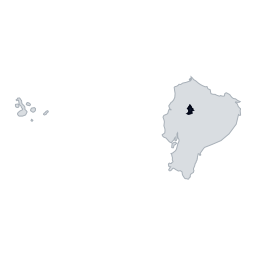 location of Sigchos, Cotopaxi, Ecuador
{"feature_id": "8360857B12215357040494", "entity_name": "Sigchos", "entity_type": "district", "adm_level": 2, "iso_a3": "ECU", "parent_name": "Ecuador", "parent_adm1": "Cotopaxi", "projection": "natural_earth1", "projection_center": [-78.944, -0.614], "detail": "fine", "context": "in_parent", "style": "filled", "palette": "ink", "viewbox_px": 256, "rotation_deg": 0, "n_neighbors": 0, "source": "geoboundaries", "source_scale": "gbopen_adm2", "svg_char_len": 5420}
<svg xmlns="http://www.w3.org/2000/svg" viewBox="0 0 256 256"><path d="M240.2,101.6L239.4,102.2L237.5,102.4L236.1,101.9L235.5,101.9L235.4,102.4L237.3,103.9L238.2,106.4L239.6,108.0L240.5,108.7L240.5,109.3L240.2,110.3L240.2,111.1L240.6,115.0L240.3,115.3L239.3,115.3L238.5,114.6L236.2,124.2L229.1,133.8L221.0,140.6L211.7,144.6L204.8,147.3L203.7,148.3L200.3,153.1L200.2,153.6L200.7,154.4L200.7,155.0L200.2,155.3L199.8,155.3L199.6,155.1L199.4,154.5L199.0,153.9L198.4,153.7L198.1,153.9L198.1,154.4L197.4,157.0L197.4,158.3L197.1,158.8L197.1,159.9L196.4,161.0L195.9,162.7L195.3,163.3L194.6,166.0L193.5,168.6L193.5,169.6L193.8,170.2L193.9,170.7L193.4,172.4L191.0,174.0L190.4,174.8L190.2,175.7L190.3,176.5L190.2,177.1L189.5,177.3L188.7,178.9L188.1,179.2L186.6,178.7L185.5,178.7L184.6,178.2L182.9,175.6L182.3,174.1L182.1,172.0L180.4,170.7L178.2,171.0L177.5,170.5L175.9,169.7L174.5,168.7L173.5,168.2L172.7,168.4L171.4,170.1L170.2,170.8L169.6,170.8L168.9,170.3L168.7,169.7L170.6,166.8L169.2,166.7L168.7,166.1L168.6,165.4L168.4,164.6L168.7,163.6L169.4,163.1L170.5,163.5L171.3,163.5L171.8,162.7L172.8,162.0L173.0,161.5L172.4,160.1L172.3,159.3L172.4,158.9L172.4,157.3L172.1,156.7L172.0,155.9L171.8,155.4L171.7,154.3L171.0,153.7L173.2,152.7L174.0,151.9L175.0,151.2L175.9,150.1L176.5,149.0L177.8,144.0L179.1,140.9L178.9,139.4L177.8,137.4L177.6,134.4L177.7,133.4L177.6,132.8L176.9,134.0L177.1,138.4L176.4,140.4L175.6,140.9L175.0,140.5L175.3,137.3L174.7,137.9L173.7,140.1L172.0,141.7L171.9,142.2L171.5,142.9L170.2,142.3L169.2,141.6L166.0,138.0L163.9,137.2L162.6,136.0L162.3,135.4L162.2,134.7L163.5,133.9L164.8,132.9L165.0,130.6L164.9,128.9L163.9,125.8L164.4,121.9L164.1,120.3L163.0,117.1L163.9,115.4L166.8,114.2L167.8,113.4L168.5,110.8L169.2,109.2L170.5,109.8L171.5,109.8L170.1,109.2L169.0,106.8L168.8,105.8L171.0,102.5L172.2,101.7L173.6,100.0L174.8,97.4L175.1,93.4L174.6,90.5L174.2,87.4L174.9,86.7L176.7,86.2L178.2,85.3L179.0,84.3L180.7,84.5L182.7,83.1L186.0,82.4L190.5,80.8L191.5,79.3L191.1,76.8L192.7,78.3L193.5,79.5L195.8,80.9L198.6,83.3L200.4,84.5L202.4,85.6L205.2,86.8L207.0,86.6L207.7,88.4L208.3,89.0L210.0,89.6L210.2,89.8L210.8,93.2L211.2,93.7L212.6,94.2L214.3,94.4L215.0,94.3L216.6,95.2L218.9,96.0L219.8,96.1L220.2,95.9L220.3,95.6L221.0,95.7L222.1,96.1L223.5,96.2L224.5,95.8L224.7,93.9L225.0,93.5L226.1,92.8L226.6,92.9L229.4,94.4L230.0,94.9L230.7,96.0L232.0,97.5L233.4,98.5L235.6,98.9L237.7,100.5L240.2,101.6ZM20.6,99.5L21.5,100.5L21.9,103.5L24.7,106.5L25.0,108.3L24.8,109.1L24.9,109.4L26.2,110.6L27.1,111.9L25.6,114.9L22.6,116.1L19.2,116.1L18.6,115.7L17.7,114.6L17.5,113.6L18.1,112.6L19.8,111.1L22.4,109.8L22.7,108.8L21.6,107.8L20.9,105.9L19.3,104.5L18.5,100.3L17.9,100.1L16.8,100.7L16.2,100.1L16.1,99.9L17.4,98.9L17.6,98.2L19.4,97.9L20.1,98.5L20.6,99.5ZM33.5,112.2L32.8,112.2L30.6,110.7L30.8,109.2L31.6,108.1L34.4,107.6L35.5,108.6L35.4,110.4L34.5,111.7L33.7,111.9L33.5,112.2ZM173.6,147.1L173.3,147.8L172.0,147.7L171.7,147.5L172.0,144.6L172.3,143.7L173.4,142.8L174.3,142.3L175.4,142.4L176.7,143.2L175.2,144.7L174.1,145.1L173.6,147.1ZM18.5,107.2L17.1,107.5L16.0,107.0L15.5,106.1L15.4,104.9L15.5,104.4L18.0,104.0L18.9,105.0L18.9,106.6L18.5,107.2ZM46.1,114.4L44.4,115.0L43.5,114.4L43.5,114.0L44.3,113.1L45.2,112.5L46.0,111.4L47.4,110.7L47.9,110.9L48.1,111.1L48.3,111.5L47.8,112.4L46.9,113.0L46.1,114.4ZM30.2,105.2L29.6,105.7L27.0,105.1L26.2,104.2L26.8,103.0L27.4,102.5L28.9,102.9L30.5,104.3L30.2,105.2ZM32.3,121.2L31.7,121.2L31.0,120.6L31.5,119.3L32.6,120.0L32.9,120.4L32.3,121.2ZM190.4,80.0L189.6,80.1L189.3,79.4L190.2,78.5L190.5,78.3L190.4,80.0Z" fill="#d9dde1" stroke="#a8b0b8" stroke-width="1"/><path d="M187.5,113.6L187.8,113.7L187.9,113.8L188.0,113.8L188.1,114.0L188.3,113.9L188.4,114.0L188.5,114.1L188.8,114.1L189.0,114.0L189.3,114.0L189.4,113.9L189.5,113.9L189.7,113.7L189.8,113.7L190.0,113.7L190.0,113.8L190.3,113.7L190.5,113.6L190.6,113.4L190.8,113.2L191.0,113.2L191.1,113.3L191.2,113.2L191.3,113.2L191.6,112.9L191.8,112.9L191.7,112.7L191.8,112.5L191.8,112.4L191.7,112.3L191.7,112.2L191.4,112.0L191.5,111.8L191.5,111.7L191.4,111.6L191.4,111.4L191.5,111.4L191.4,111.2L191.5,111.1L191.6,110.9L191.6,110.7L191.8,110.7L192.0,110.6L192.1,110.4L192.2,110.2L192.3,110.0L192.5,110.1L192.9,110.2L193.0,110.2L192.9,110.1L192.8,109.9L192.7,109.8L192.7,109.7L192.8,109.7L192.8,109.4L192.9,109.2L192.8,108.9L192.7,108.8L192.6,108.7L192.4,108.6L192.2,108.5L191.9,108.5L191.8,108.4L191.7,108.4L191.4,108.2L191.4,107.9L191.3,107.5L191.3,107.4L191.2,107.4L191.1,107.2L191.0,106.9L191.0,106.7L190.9,106.7L190.7,106.5L190.6,106.4L190.6,106.2L190.4,105.9L190.4,105.7L190.3,105.4L190.2,105.3L190.0,105.2L190.0,105.3L190.0,105.5L189.9,105.6L189.7,105.7L189.7,105.8L189.6,106.0L189.6,106.3L189.4,106.4L189.3,106.5L189.2,106.5L188.9,106.6L188.9,106.9L188.9,107.0L188.8,107.3L188.7,107.4L188.7,107.5L188.5,107.8L188.4,107.9L188.3,108.1L188.2,108.2L188.1,108.3L187.9,108.2L187.8,108.3L187.7,108.3L187.6,108.5L187.8,108.7L187.9,108.8L188.0,108.9L188.1,109.0L188.3,109.1L188.5,109.2L188.5,109.3L188.7,109.5L188.8,109.6L188.8,109.8L188.9,110.0L189.0,110.3L188.9,110.4L188.9,110.6L188.9,110.9L188.9,111.0L188.9,111.3L189.0,111.3L189.0,111.5L189.2,111.8L189.0,112.0L188.9,112.0L188.8,111.9L188.8,112.0L188.8,112.3L188.9,112.5L188.8,112.8L188.8,113.0L188.7,113.0L188.7,112.9L188.4,112.8L188.3,112.7L188.2,112.8L188.2,112.7L188.1,112.8L188.0,113.0L187.9,113.1L187.7,113.3L187.7,113.5L187.5,113.6Z" fill="#0f172a" stroke="#020617" stroke-width="1.5"/></svg>